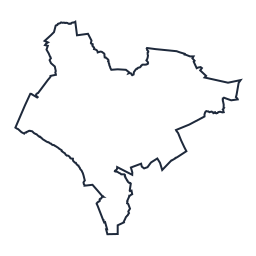 outline of Salinas Victoria, Nuevo León, Mexico
{"feature_id": "50627088B71120151687353", "entity_name": "Salinas Victoria", "entity_type": "district", "adm_level": 2, "iso_a3": "MEX", "parent_name": "Mexico", "parent_adm1": "Nuevo León", "projection": "mercator", "projection_center": [-100.308, 26.122], "detail": "fine", "context": "isolated", "style": "outline", "palette": "slate", "viewbox_px": 256, "rotation_deg": 0, "n_neighbors": 0, "source": "geoboundaries", "source_scale": "gbopen_adm2", "svg_char_len": 5445}
<svg xmlns="http://www.w3.org/2000/svg" viewBox="0 0 256 256"><path d="M228.0,82.7L204.6,77.5L206.1,75.9L200.2,70.4L201.9,68.1L200.6,67.1L198.3,67.5L196.7,68.2L193.7,61.7L194.6,60.8L192.4,58.3L193.5,56.4L190.0,56.4L185.1,54.5L184.8,54.6L184.5,54.5L184.7,53.8L179.7,52.3L176.6,51.2L155.4,49.1L147.0,48.0L146.7,48.5L147.2,49.7L147.2,50.1L148.3,51.3L148.2,52.1L147.6,52.7L147.7,54.7L148.0,55.4L147.7,57.3L147.3,58.8L146.4,60.4L147.7,61.8L148.1,63.0L147.6,64.1L146.4,64.3L146.1,64.6L144.4,64.7L143.3,64.6L142.3,64.7L141.6,65.5L141.1,65.7L140.8,66.5L140.0,67.3L138.0,67.8L137.2,68.8L136.6,68.7L135.7,69.6L133.9,72.1L133.6,74.5L132.2,75.2L131.7,74.7L131.2,73.5L129.6,73.0L128.5,73.4L129.1,72.3L125.9,69.8L117.6,69.3L111.3,69.8L110.2,67.7L110.1,66.9L109.6,65.9L109.2,64.8L109.3,64.1L109.0,63.7L108.7,62.9L108.7,61.9L108.1,61.4L108.5,60.2L107.3,58.7L106.3,58.2L105.8,57.5L105.6,57.5L104.7,57.4L104.4,55.0L104.5,54.2L104.0,53.4L103.1,52.8L102.1,52.0L100.8,51.6L100.0,51.7L98.6,52.2L98.2,52.2L97.7,52.4L97.5,51.5L97.4,51.1L96.6,50.1L95.2,49.4L94.0,49.1L94.2,48.1L94.0,47.4L93.3,46.9L92.7,46.3L92.4,45.6L92.7,45.2L92.7,44.2L91.3,43.7L90.9,43.1L91.5,40.6L88.0,33.8L77.0,35.3L75.3,21.8L74.9,22.1L74.2,22.2L73.8,22.5L73.3,22.6L73.2,22.5L72.9,22.5L71.8,22.8L71.4,23.1L71.1,23.6L70.8,23.8L70.0,23.5L69.5,23.8L69.2,23.9L68.5,23.7L67.5,23.0L66.5,22.8L66.3,22.9L65.9,22.8L65.4,23.0L64.8,22.8L64.5,22.9L64.1,22.7L63.9,22.6L63.4,22.7L63.0,22.8L62.5,22.8L62.3,22.7L61.8,22.7L61.1,22.4L60.8,22.6L60.1,23.2L59.2,23.5L58.8,23.5L58.1,23.9L57.9,23.9L57.8,24.0L57.7,24.5L57.4,24.7L57.2,25.0L56.9,25.2L56.4,25.2L56.2,25.3L55.7,25.6L55.6,25.9L54.0,32.1L50.9,35.2L44.6,40.9L48.0,42.4L46.1,43.6L45.0,45.1L47.8,45.8L46.5,49.6L48.8,53.6L49.9,56.3L50.4,56.9L50.4,57.4L50.9,58.2L49.6,60.1L51.0,63.2L54.8,66.5L55.7,70.7L55.8,71.0L55.3,72.5L55.7,73.7L55.9,74.8L50.5,75.9L50.5,76.7L49.4,78.2L48.0,79.8L38.1,93.0L36.7,93.5L36.8,93.5L36.1,94.6L36.2,94.9L36.1,95.2L36.1,95.5L36.5,96.2L37.6,96.9L37.7,97.1L37.2,97.5L31.3,94.0L31.3,93.9L30.7,93.8L30.3,93.8L24.9,105.5L15.4,127.6L16.9,128.6L18.1,129.1L21.5,132.2L24.2,133.6L24.4,133.3L25.4,132.5L25.9,132.4L26.3,132.5L26.7,131.9L27.1,131.8L27.4,131.7L27.6,131.7L28.0,131.4L28.2,131.2L28.9,130.9L29.4,130.8L29.6,130.9L30.0,130.8L30.4,131.0L31.9,131.2L32.3,131.4L33.7,132.8L34.3,133.3L34.7,133.4L35.5,134.0L36.5,134.2L37.9,135.6L38.8,136.2L39.1,136.3L39.4,136.5L39.5,136.8L39.8,136.7L40.1,136.7L40.2,136.8L40.4,137.1L41.0,137.7L41.3,137.7L42.5,139.0L43.0,139.4L44.0,140.0L46.7,141.7L47.4,142.0L47.8,142.2L48.6,142.2L49.0,142.6L49.7,143.2L50.3,143.4L50.8,143.7L51.1,143.7L51.5,144.2L52.2,144.8L52.8,144.9L53.1,145.1L53.5,145.0L53.9,145.1L54.2,145.3L54.5,145.4L55.1,146.0L55.7,146.2L58.6,148.1L59.0,148.6L61.6,150.2L61.8,150.5L61.7,151.1L63.6,152.5L65.0,153.4L65.5,154.5L66.3,155.2L66.7,155.5L66.8,155.4L68.4,155.8L69.7,156.9L70.2,158.0L70.7,158.4L72.9,158.7L72.8,159.8L73.4,161.2L74.2,161.9L75.3,162.9L75.9,162.9L76.7,164.5L77.1,164.7L78.2,165.7L78.5,165.7L78.7,166.5L79.7,167.6L79.9,168.2L79.9,168.5L80.0,168.7L80.8,169.7L81.7,170.7L81.8,171.1L82.8,173.1L83.5,175.3L84.8,180.5L84.3,181.1L84.2,181.3L83.7,182.0L83.5,182.5L83.9,184.3L84.4,184.7L84.5,185.4L84.5,185.7L92.5,184.8L96.0,188.8L96.8,189.7L102.3,196.1L103.0,196.3L103.0,196.6L103.3,196.8L102.6,196.8L101.9,197.1L101.6,197.8L101.3,198.3L100.9,198.7L100.3,198.7L99.9,199.0L99.6,199.4L99.6,199.5L99.8,200.6L99.7,201.0L98.9,201.5L98.7,201.7L98.2,201.8L97.7,202.4L97.4,202.5L97.0,203.1L96.7,203.3L96.6,203.7L97.4,205.3L97.9,206.5L102.9,219.4L103.3,219.8L103.1,219.9L104.2,222.5L105.1,222.1L107.1,229.3L106.1,229.3L107.4,234.2L112.4,234.1L117.7,234.0L117.7,225.3L123.9,222.4L123.7,222.0L123.8,221.9L124.4,220.3L124.8,219.7L125.9,217.1L126.9,216.1L127.0,215.8L127.8,215.2L128.0,214.5L128.7,213.6L129.0,213.1L128.3,211.6L128.7,210.7L130.0,208.7L128.2,203.9L127.1,203.3L127.5,201.2L127.2,201.0L129.0,197.0L129.2,196.0L129.4,196.1L129.6,195.7L130.1,195.6L130.7,195.0L132.2,194.2L131.5,190.6L130.0,191.1L129.7,190.7L130.8,183.6L130.3,183.0L129.7,182.8L129.6,183.1L129.3,183.0L129.1,182.7L128.2,182.1L127.8,181.6L127.5,181.0L126.9,180.2L126.7,179.7L126.8,179.7L126.1,178.7L125.8,178.0L125.4,177.0L125.2,177.1L125.0,176.5L124.8,176.2L125.0,175.3L125.0,175.0L124.4,174.4L124.2,174.3L123.4,174.4L122.8,174.3L121.2,174.3L120.7,173.8L119.8,173.2L119.2,173.0L117.8,172.1L116.8,171.7L116.1,171.6L115.7,171.6L115.0,171.4L114.8,171.2L115.0,170.7L115.9,170.1L116.6,169.7L116.9,169.2L117.2,167.5L117.2,167.1L132.2,174.8L132.3,172.4L130.9,167.5L141.1,163.7L141.8,166.6L144.1,168.4L147.5,167.2L150.5,163.1L151.1,162.4L157.3,158.5L160.0,162.8L162.2,170.0L171.2,160.6L171.3,160.7L175.4,158.3L175.4,157.9L175.5,157.8L176.0,157.8L177.2,157.2L186.4,151.2L184.3,147.2L181.1,140.4L178.1,133.0L176.5,131.0L176.0,130.0L189.2,124.6L204.5,116.5L204.5,114.3L205.1,112.5L205.6,111.6L206.3,111.1L207.2,111.4L208.3,111.4L209.4,112.2L211.5,111.6L211.9,111.7L212.4,112.2L213.1,112.4L213.4,113.2L213.5,113.2L214.2,112.4L215.0,112.2L215.2,113.0L216.5,113.3L216.8,113.0L217.5,113.0L218.3,112.1L219.7,111.8L220.3,111.8L222.4,112.4L223.7,112.2L223.3,111.0L223.3,110.0L222.8,109.4L223.3,108.9L223.5,108.6L224.0,107.9L223.6,107.7L223.7,104.6L223.3,102.7L223.2,102.0L222.8,100.8L222.9,100.1L222.7,99.6L223.0,99.0L223.0,98.6L222.9,98.4L223.5,98.1L223.9,97.7L224.0,97.7L226.6,98.7L231.2,100.3L237.7,99.4L237.4,98.6L235.9,97.1L236.5,95.1L238.6,83.2L238.7,82.8L240.6,80.1L228.0,82.7Z" fill="none" stroke="#1e293b" stroke-width="2"/></svg>